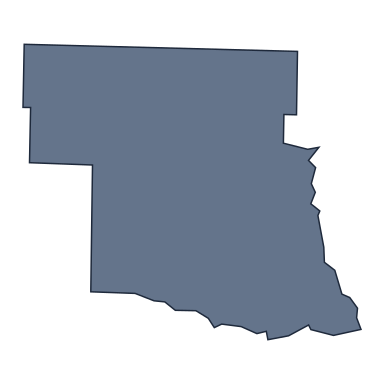 outline of Pike, Arkansas, United States of America
{"feature_id": "52423323B99086550227942", "entity_name": "Pike", "entity_type": "district", "adm_level": 2, "iso_a3": "USA", "parent_name": "United States of America", "parent_adm1": "Arkansas", "projection": "albers", "projection_center": [-93.566, 34.147], "detail": "fine", "context": "isolated", "style": "filled", "palette": "slate", "viewbox_px": 384, "rotation_deg": 0, "n_neighbors": 0, "source": "geoboundaries", "source_scale": "gbopen_adm2", "svg_char_len": 650}
<svg xmlns="http://www.w3.org/2000/svg" viewBox="0 0 384 384"><path d="M24.2,44.3L23.0,107.4L30.6,107.5L29.5,162.7L92.5,165.0L90.8,291.8L135.1,293.4L154.0,300.8L164.8,301.9L175.3,310.3L195.9,310.7L208.3,318.3L214.3,327.6L221.7,324.1L241.2,326.6L256.9,333.6L266.3,331.3L267.9,339.7L288.6,335.8L308.6,325.0L310.9,329.6L333.5,335.4L361.0,329.4L356.6,317.8L357.5,308.2L349.8,297.6L341.9,294.1L334.8,270.3L324.4,262.3L323.8,247.2L317.9,215.5L319.8,211.0L310.8,203.8L315.3,192.3L311.3,183.7L315.6,167.6L308.5,160.4L318.9,147.3L307.7,149.3L283.4,143.2L283.9,114.5L296.5,114.8L297.5,51.4L24.2,44.3Z" fill="#64748b" stroke="#1e293b" stroke-width="1.5"/></svg>